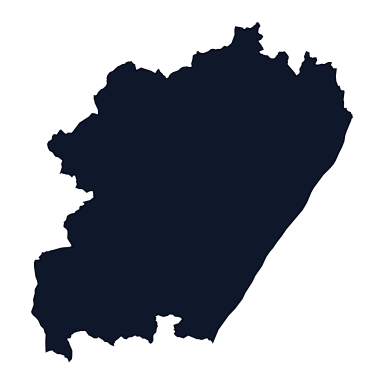 the district of Kilmuckridge Lea-4, Wexford, Ireland
{"feature_id": "5873133B64504717779267", "entity_name": "Kilmuckridge Lea-4", "entity_type": "district", "adm_level": 2, "iso_a3": "IRL", "parent_name": "Ireland", "parent_adm1": "Wexford", "projection": "mercator", "projection_center": [-6.406, 52.51], "detail": "fine", "context": "isolated", "style": "filled", "palette": "ink", "viewbox_px": 384, "rotation_deg": 0, "n_neighbors": 0, "source": "geoboundaries", "source_scale": "gbopen_adm2", "svg_char_len": 5659}
<svg xmlns="http://www.w3.org/2000/svg" viewBox="0 0 384 384"><path d="M131.1,61.9L129.7,62.6L129.4,62.2L128.7,62.2L126.4,63.0L126.5,63.4L125.2,64.3L122.3,64.9L120.4,66.1L117.9,67.1L113.2,71.6L110.3,72.7L108.2,75.3L107.5,77.1L107.3,78.6L107.8,79.5L107.2,80.9L107.7,82.9L107.1,85.0L106.0,86.8L103.0,89.4L101.5,89.8L98.7,92.5L97.7,94.7L96.2,96.0L95.6,96.2L94.5,95.9L94.4,98.9L94.8,99.5L95.5,103.0L98.6,109.5L98.8,114.6L98.3,115.3L93.8,113.9L92.1,113.9L89.4,117.1L80.0,123.1L72.2,133.4L67.7,133.4L67.0,134.5L66.1,134.6L64.6,134.1L60.7,130.3L60.3,130.5L57.3,135.0L56.0,135.6L54.8,134.8L53.7,135.2L52.9,136.4L52.3,140.1L49.1,141.8L47.8,144.1L48.6,147.6L50.0,150.3L53.0,151.8L55.5,155.8L58.9,156.8L62.9,160.0L63.0,161.4L61.9,163.8L62.6,167.2L60.9,172.6L61.8,172.1L63.0,172.3L63.1,173.1L66.7,173.3L66.5,173.8L67.5,173.6L69.5,174.4L71.7,175.9L71.6,176.2L71.9,176.4L73.2,174.7L75.2,174.8L76.2,176.6L76.6,178.5L77.2,179.2L76.8,181.5L77.6,184.5L76.3,187.2L79.1,188.3L82.0,188.4L83.4,189.0L86.8,192.0L89.7,190.5L93.4,190.3L94.0,193.8L93.9,195.8L94.7,197.3L90.2,200.8L84.1,202.4L85.1,203.3L85.0,204.5L84.5,205.5L83.1,205.9L82.5,206.5L81.0,206.5L80.2,207.1L80.0,208.4L80.6,209.3L76.2,211.6L74.8,213.8L72.1,214.0L68.8,215.5L67.6,216.6L67.1,219.1L66.3,220.9L64.5,222.4L64.8,223.3L64.2,225.7L64.3,226.7L66.8,228.5L67.8,230.0L68.3,231.7L68.0,238.3L71.7,244.2L72.2,245.7L73.2,246.3L69.1,247.8L63.9,248.0L62.9,248.2L62.3,248.8L62.0,248.3L60.4,248.6L52.8,250.8L50.8,251.1L48.1,252.3L46.7,251.9L44.5,253.2L43.7,253.1L43.1,253.5L42.5,253.1L41.9,254.9L39.5,257.4L41.0,259.1L39.1,260.4L35.5,260.6L34.7,262.6L34.8,267.2L36.0,275.6L36.5,277.6L37.8,280.7L38.3,283.5L38.2,284.5L35.5,289.3L35.4,293.7L33.8,299.6L34.4,304.7L31.9,311.8L32.3,313.1L33.6,314.8L36.5,317.3L38.9,320.2L41.3,325.6L44.4,328.6L45.1,332.0L46.4,334.3L46.0,341.7L46.3,351.5L48.7,350.4L52.7,349.4L53.7,350.9L57.5,353.3L61.1,353.5L62.7,354.4L64.9,354.6L65.2,356.7L68.0,357.7L69.2,361.0L71.1,358.9L71.5,357.0L71.6,350.7L68.9,344.5L68.4,342.5L67.0,340.6L66.1,338.4L67.9,337.6L70.0,337.5L70.6,336.0L70.5,334.4L72.3,333.6L74.9,331.0L75.0,331.8L77.9,330.8L79.7,330.7L81.1,329.9L82.3,330.4L84.4,330.1L86.1,330.5L89.0,334.7L90.6,335.5L91.3,335.4L91.6,336.0L94.3,337.6L96.9,337.6L97.2,337.0L98.8,336.3L100.2,337.6L101.5,338.1L102.0,338.7L103.6,339.0L103.3,339.4L104.9,341.1L107.8,341.5L111.0,344.3L113.3,345.2L112.9,343.3L114.2,342.4L113.7,341.4L118.6,337.7L119.7,336.1L122.3,335.8L123.8,337.8L126.2,338.6L128.6,336.6L131.4,336.5L134.8,334.8L136.1,334.9L137.2,335.9L139.5,335.6L141.7,336.6L142.0,337.3L143.1,337.9L145.0,337.8L148.9,340.1L149.5,340.8L149.3,341.9L150.7,342.9L151.9,341.8L152.6,340.3L152.5,335.7L153.7,333.4L155.1,332.5L155.5,331.9L156.2,327.6L157.0,326.4L157.0,325.5L156.2,324.6L156.7,323.7L156.4,322.5L156.1,322.6L155.8,321.6L154.9,321.1L154.9,319.8L155.5,319.0L155.1,318.0L155.4,317.7L154.4,316.7L154.9,316.0L158.0,314.3L163.4,316.2L167.4,315.2L169.3,313.7L172.5,313.8L175.4,316.0L178.0,316.1L180.9,317.0L182.7,318.7L182.3,318.9L182.4,319.4L183.3,320.0L181.6,320.6L179.0,323.8L174.3,325.4L175.3,329.2L174.7,329.7L175.4,330.0L176.0,331.8L174.7,333.7L176.0,335.2L177.7,336.4L179.4,336.3L183.4,337.6L187.9,334.9L188.8,335.0L197.2,338.5L199.2,338.4L200.4,339.0L202.4,339.1L205.7,337.7L207.3,337.6L208.3,338.0L208.9,339.3L209.9,339.8L211.2,339.4L212.7,342.0L217.9,329.4L228.1,315.2L234.8,308.1L241.9,298.7L244.8,292.5L251.9,281.5L254.7,275.5L261.5,265.7L265.8,256.5L269.6,251.0L272.6,247.6L276.0,242.4L281.1,235.9L285.7,229.1L302.0,209.8L306.5,202.2L310.7,192.1L313.2,187.6L322.9,174.5L330.0,167.4L333.1,163.7L335.1,160.4L338.2,153.3L341.5,146.8L343.7,141.1L344.5,135.6L345.9,131.3L350.7,119.8L350.7,118.6L352.0,117.5L352.1,116.9L351.7,116.4L351.6,114.8L350.7,114.6L350.2,112.6L348.2,112.0L346.7,110.8L345.7,109.1L346.5,108.2L345.7,108.9L344.5,109.1L343.4,107.9L343.1,106.2L343.4,102.1L342.8,99.8L343.8,91.8L343.5,91.0L341.5,91.2L339.9,89.7L339.1,86.6L338.1,87.0L337.6,86.5L335.6,81.3L335.1,76.2L336.0,69.1L333.3,69.1L332.0,67.8L331.5,66.6L330.9,66.9L330.1,65.3L331.0,62.8L328.2,62.8L325.0,64.6L322.6,64.8L322.1,64.4L318.3,65.3L315.3,65.2L314.7,63.6L316.4,60.3L315.9,58.1L313.9,58.1L312.7,58.9L311.4,58.0L310.3,58.5L309.7,57.4L308.9,56.8L308.8,53.0L306.5,52.0L304.8,56.4L304.9,57.6L305.4,58.1L305.3,60.1L304.5,61.4L302.5,63.2L302.0,66.3L301.1,67.2L300.5,69.0L300.1,69.1L300.5,71.4L300.1,73.2L299.7,73.9L297.7,75.6L296.1,76.2L293.7,72.5L287.0,64.8L286.8,63.3L287.3,62.4L286.9,60.3L287.8,58.8L288.0,56.6L284.5,52.1L282.3,52.6L279.5,52.4L278.7,53.4L278.4,55.2L277.2,55.7L277.2,56.5L276.1,57.3L275.6,58.4L274.2,59.1L272.5,59.2L270.9,59.1L269.5,58.3L267.3,56.0L265.4,56.1L265.1,55.8L263.4,55.6L262.0,54.5L260.4,54.6L260.1,53.8L258.6,52.5L258.6,51.3L260.2,50.3L262.8,49.3L262.0,47.3L261.3,47.0L260.8,45.3L258.3,42.4L257.8,41.4L257.9,40.6L258.6,39.9L260.6,39.1L262.4,36.7L261.2,35.1L260.5,35.1L258.6,34.1L257.4,32.5L258.1,28.0L259.6,26.0L258.3,23.3L257.3,23.0L256.9,23.2L256.8,24.0L256.3,24.1L256.1,25.3L254.5,25.9L253.4,27.4L252.4,27.6L251.6,28.5L249.2,29.0L248.4,28.4L246.9,28.1L244.8,30.0L243.1,29.3L242.1,28.2L235.7,27.1L235.1,30.1L235.3,34.9L232.0,43.7L227.5,47.4L224.4,46.6L221.8,49.0L219.8,49.8L218.3,49.6L215.6,50.1L212.9,49.5L211.1,49.8L208.6,51.9L203.4,53.9L199.5,53.3L198.1,51.9L197.3,52.1L197.4,53.9L197.1,54.3L194.4,55.3L193.5,56.0L193.2,59.1L191.9,63.8L192.6,66.4L191.6,67.7L188.7,67.7L186.7,67.1L182.8,67.7L181.2,68.6L178.6,71.0L173.3,72.9L171.3,74.1L169.6,76.2L169.2,77.7L167.5,78.8L165.7,79.2L164.6,76.6L162.7,75.5L161.8,74.0L159.6,72.1L158.6,69.8L157.7,70.5L155.5,74.2L150.9,71.5L141.0,68.3L136.7,70.8L135.4,69.4L134.4,64.9L132.7,63.9L131.1,61.9Z" fill="#0f172a" stroke="#020617" stroke-width="1.5"/></svg>